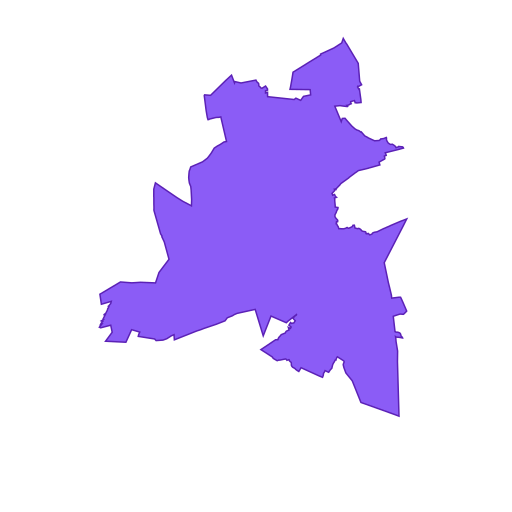 the district of Tequixquiac, México, Mexico, rotated 76°
{"feature_id": "50627088B83518275291231", "entity_name": "Tequixquiac", "entity_type": "district", "adm_level": 2, "iso_a3": "MEX", "parent_name": "Mexico", "parent_adm1": "México", "projection": "orthographic", "projection_center": [-99.144, 19.894], "detail": "fine", "context": "isolated", "style": "filled", "palette": "violet", "viewbox_px": 512, "rotation_deg": 76, "n_neighbors": 0, "source": "geoboundaries", "source_scale": "gbopen_adm2", "svg_char_len": 6015}
<svg xmlns="http://www.w3.org/2000/svg" viewBox="0 0 512 512"><g transform="rotate(76 256 256)"><path d="M87.2,266.9L87.8,267.4L102.9,269.2L109.5,269.7L109.9,269.7L112.1,269.6L112.2,268.8L111.9,268.0L111.9,261.3L112.3,259.2L112.5,258.6L112.5,256.5L137.8,256.9L137.6,259.5L138.5,261.9L139.3,264.3L139.9,266.8L141.2,270.4L143.7,272.9L145.4,274.6L148.4,278.3L149.4,279.7L151.7,285.1L153.8,297.8L156.2,299.3L157.4,300.2L159.5,301.0L163.5,302.3L166.0,302.7L169.1,303.0L172.1,302.6L172.8,302.5L176.4,303.0L185.7,304.8L191.7,306.5L185.2,313.8L180.2,318.6L171.1,326.7L160.7,335.9L166.4,339.0L173.5,340.8L174.3,340.9L181.2,342.6L183.1,343.0L184.8,343.4L185.9,343.7L186.5,343.9L187.4,344.0L211.5,343.2L213.8,342.4L214.6,342.7L220.1,341.6L238.1,341.2L248.5,354.1L257.8,360.0L253.6,374.3L252.0,383.0L248.4,393.8L255.3,416.7L265.4,417.7L265.0,407.4L267.0,408.5L268.5,410.6L269.0,410.6L269.1,411.5L270.5,411.6L271.2,412.6L272.6,413.3L275.4,415.8L275.7,416.8L276.0,417.4L276.2,417.6L276.3,417.4L275.6,415.7L280.1,419.6L280.6,419.1L280.9,419.5L281.5,421.6L281.7,421.3L281.8,421.5L282.4,420.6L283.8,422.5L284.8,423.4L284.8,422.1L287.2,425.2L288.1,424.1L288.0,413.7L295.2,414.0L302.3,422.6L308.2,403.1L297.4,394.5L301.7,387.2L303.9,388.9L305.5,389.7L312.0,374.4L313.9,373.4L315.1,366.6L314.7,362.6L313.2,358.1L313.0,357.6L312.5,354.6L317.6,355.5L314.4,331.6L314.1,327.3L313.7,324.3L312.6,310.9L311.4,301.7L309.0,298.8L308.3,293.4L307.6,291.3L307.1,288.3L307.6,269.7L335.2,268.3L317.9,256.0L328.1,242.7L326.9,240.6L322.6,230.9L322.8,230.9L323.1,231.2L323.7,232.9L324.6,234.1L325.2,235.3L328.3,233.6L330.1,235.5L329.9,237.9L328.9,238.6L331.1,240.8L333.4,239.1L334.6,240.1L333.1,241.9L335.7,241.8L336.2,244.2L336.2,244.5L336.5,245.1L337.8,246.3L338.4,250.5L340.1,252.8L340.3,253.3L341.3,254.3L342.5,255.0L342.0,257.2L348.0,273.9L357.8,264.7L359.6,264.0L362.7,260.8L362.5,259.1L362.8,257.9L363.0,253.0L363.1,252.0L364.4,251.3L364.7,251.2L364.6,250.7L364.5,249.1L364.8,248.9L365.3,249.1L366.6,248.5L367.6,247.7L368.1,247.6L369.2,247.8L370.4,248.1L371.4,248.0L372.7,247.4L373.4,246.7L374.6,245.4L375.5,245.0L377.1,243.7L378.4,242.4L375.3,239.3L387.7,223.7L389.8,220.8L388.7,220.0L387.9,219.5L386.5,219.0L386.1,218.8L385.3,217.8L383.9,216.7L385.7,214.6L386.4,213.6L386.0,213.2L384.4,211.4L383.3,209.6L380.4,208.1L379.5,207.5L378.3,206.4L377.8,205.8L376.0,204.2L376.0,203.8L376.2,203.6L375.7,203.3L375.5,203.2L375.1,202.9L374.3,202.4L373.8,201.9L373.5,201.4L378.9,196.3L379.5,196.1L380.1,196.1L381.5,197.1L382.6,197.7L385.7,197.7L391.2,197.1L400.4,192.8L423.5,189.6L443.1,160.2L446.0,156.0L392.7,144.3L382.5,141.6L372.9,140.8L369.9,140.3L368.0,140.1L368.6,139.6L369.5,136.9L370.0,135.8L370.2,135.3L371.0,133.6L370.6,133.6L370.2,133.7L369.8,134.0L369.2,134.4L368.4,134.6L366.8,134.6L366.1,134.8L365.5,135.1L365.0,135.7L364.5,136.4L364.2,136.9L363.8,138.5L363.5,138.8L363.3,138.9L363.0,139.4L347.7,137.4L347.4,133.9L347.2,130.7L347.3,129.8L348.1,127.6L348.2,127.2L348.2,126.9L347.8,126.2L346.7,124.3L345.9,123.1L340.4,124.0L337.3,124.5L333.4,125.2L331.0,125.7L330.7,126.7L330.6,127.1L329.7,134.5L327.4,134.2L327.0,134.1L318.9,134.0L313.7,134.0L293.5,133.2L262.9,106.3L256.5,100.8L257.0,104.7L257.1,105.6L257.2,106.8L259.0,118.1L259.4,119.9L259.8,122.6L260.0,123.4L260.3,125.6L261.8,132.6L261.6,135.6L261.9,137.3L262.8,138.3L263.0,139.6L262.9,140.7L261.3,141.5L261.2,141.9L261.4,142.9L260.9,143.8L259.7,143.6L259.1,143.8L258.9,144.0L257.8,146.5L256.8,147.6L256.0,147.7L254.6,148.8L254.0,149.7L254.1,150.7L252.8,153.2L249.9,153.1L249.6,154.4L250.8,155.5L251.5,159.0L251.4,159.8L250.4,160.6L250.4,161.3L250.7,161.9L250.8,162.7L250.8,164.4L250.1,167.1L249.7,167.8L249.7,168.6L249.5,169.1L247.6,169.1L246.5,169.5L243.9,170.1L243.9,170.3L242.2,169.6L242.5,169.2L242.5,168.5L241.4,168.1L240.7,168.2L238.8,169.3L236.9,169.9L235.1,169.4L233.1,167.6L231.9,166.9L231.1,166.2L230.6,165.6L229.9,165.1L228.8,164.7L227.7,167.3L225.8,166.9L221.8,166.3L220.0,165.9L220.4,165.8L218.7,165.9L218.6,164.3L218.5,163.7L217.8,164.3L216.6,164.7L215.3,164.9L215.6,166.9L214.4,167.0L213.8,166.8L213.6,167.0L211.4,163.6L210.2,163.8L210.3,163.4L210.1,162.8L210.7,162.2L210.1,161.9L207.8,158.2L207.7,157.9L206.6,156.6L206.2,156.0L202.6,147.0L202.3,146.7L199.1,139.1L199.1,138.9L197.9,136.0L198.0,129.9L198.0,125.9L197.9,124.9L197.9,123.3L197.6,113.8L194.7,113.9L193.1,108.1L193.1,107.9L192.9,107.5L192.7,107.4L192.2,107.3L190.1,107.3L190.0,106.8L189.9,105.3L189.3,105.3L188.8,105.4L187.1,105.6L187.1,101.5L187.1,100.3L187.1,98.1L187.1,92.6L187.1,91.6L187.0,88.3L187.0,86.8L186.2,86.9L185.5,87.5L184.2,91.1L184.5,91.4L184.8,93.9L184.1,94.1L183.5,94.1L181.7,95.5L180.5,96.7L180.4,98.2L180.0,98.9L178.8,100.0L178.3,100.4L176.5,101.0L174.8,101.3L173.0,100.8L172.5,100.9L172.9,103.7L172.6,106.7L172.9,106.8L173.7,108.5L172.9,113.1L172.7,113.3L171.2,115.2L169.8,116.9L168.4,118.7L168.1,118.8L165.8,121.4L161.3,123.7L161.5,123.9L161.4,124.1L159.3,125.8L158.1,127.7L156.6,129.2L153.1,131.6L145.8,135.4L143.9,136.3L143.4,139.0L146.3,140.8L129.7,143.3L130.4,138.1L131.2,136.2L133.1,131.3L133.0,130.8L132.7,130.7L131.9,131.2L132.0,130.7L131.9,130.4L131.8,129.1L131.5,128.1L131.3,127.8L131.4,127.1L131.3,126.8L130.9,127.0L129.1,126.8L129.0,122.9L131.3,122.7L131.3,122.2L131.6,121.9L131.6,121.5L131.8,121.4L131.9,121.0L132.5,116.9L129.5,116.4L119.2,115.3L119.4,115.7L116.5,116.6L116.1,116.2L116.4,116.1L115.4,112.1L111.5,113.1L93.8,110.2L72.3,116.7L71.2,117.2L66.0,118.7L69.9,121.2L70.1,121.5L73.0,130.1L75.7,144.5L76.3,144.7L76.7,144.7L80.5,156.7L84.2,168.1L86.6,175.6L88.5,176.4L89.2,176.7L93.2,178.4L99.9,181.4L102.5,182.7L106.3,168.4L107.2,164.8L107.7,163.2L112.9,164.0L112.6,171.3L115.8,175.0L112.5,179.1L113.4,181.1L104.2,206.2L100.0,205.2L100.1,207.3L98.0,206.8L97.9,204.7L96.7,204.4L93.4,205.6L94.7,209.6L94.1,210.6L93.0,211.1L92.5,211.4L92.1,211.8L91.7,212.0L91.3,212.1L89.9,211.7L89.0,211.8L88.5,212.1L88.0,212.6L86.4,213.3L85.3,213.5L84.5,228.7L81.7,234.2L82.9,235.0L74.6,236.0L78.3,242.8L89.1,261.2L87.2,266.9Z" fill="#8b5cf6" stroke="#5b21b6" stroke-width="1.5"/></g></svg>